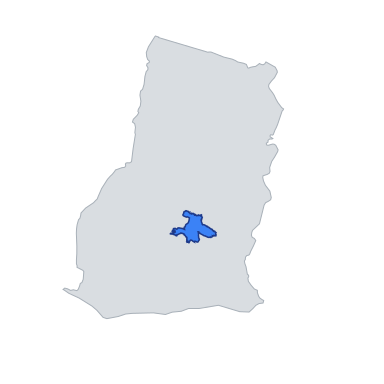 Sekyere Afram Plains North, Ashanti, Ghana (highlighted), rotated 17°
{"feature_id": "2480657B37542209080123", "entity_name": "Sekyere Afram Plains North", "entity_type": "district", "adm_level": 2, "iso_a3": "GHA", "parent_name": "Ghana", "parent_adm1": "Ashanti", "projection": "orthographic", "projection_center": [-0.752, 7.211], "detail": "fine", "context": "in_parent", "style": "filled", "palette": "blue", "viewbox_px": 384, "rotation_deg": 17, "n_neighbors": 0, "source": "geoboundaries", "source_scale": "gbopen_adm2", "svg_char_len": 8107}
<svg xmlns="http://www.w3.org/2000/svg" viewBox="0 0 384 384"><g transform="rotate(17 192 192)"><path d="M235.1,48.3L237.9,51.1L238.6,52.6L237.5,58.5L235.5,62.7L234.1,66.6L234.3,68.5L235.6,70.4L240.0,73.5L242.2,75.4L244.9,78.4L247.9,81.3L253.1,85.1L255.3,85.8L255.2,86.9L254.5,88.3L254.1,102.5L253.7,106.2L253.3,108.1L252.9,113.4L252.3,114.1L251.3,114.1L250.4,114.3L250.2,115.3L250.6,116.4L253.7,117.2L253.0,118.0L250.7,118.7L249.6,120.3L250.1,122.1L248.8,123.6L249.2,124.6L250.0,125.3L251.3,125.0L255.0,122.6L256.5,122.3L258.4,122.8L262.0,126.5L262.1,128.3L260.7,134.6L259.3,139.4L259.1,145.9L260.6,149.5L260.4,151.5L258.8,153.2L255.2,155.7L255.4,157.4L257.1,160.5L260.2,164.1L266.2,168.4L269.4,174.1L269.5,176.4L267.6,178.7L265.5,180.7L264.8,183.6L265.8,202.7L261.1,211.0L261.0,213.3L261.5,216.1L262.8,217.7L265.2,218.2L267.2,219.8L266.5,225.6L265.5,231.5L265.3,234.4L264.8,235.7L262.9,236.8L262.2,238.7L262.7,241.0L262.3,242.7L263.4,244.9L265.5,247.7L269.0,254.5L270.4,255.0L271.0,256.5L270.6,257.9L272.0,260.9L275.8,263.9L279.9,266.5L283.2,266.9L284.0,269.2L286.2,272.2L287.8,273.5L290.3,274.4L292.3,274.8L292.4,277.4L288.7,279.1L286.2,281.7L284.3,285.7L281.7,290.1L272.6,292.5L269.1,292.5L250.4,292.6L232.9,301.3L222.8,304.4L216.6,309.2L208.2,312.7L202.4,316.9L190.3,318.9L170.4,325.5L164.2,328.1L157.9,332.6L147.6,338.0L143.6,337.9L135.6,332.9L129.6,330.3L114.9,326.4L103.9,324.9L98.6,323.2L97.2,322.9L98.4,321.1L101.5,321.0L104.7,321.6L107.1,320.2L110.7,320.0L111.6,318.6L112.0,315.0L111.9,312.1L113.2,310.8L113.5,307.3L111.8,299.7L110.5,298.8L104.1,297.7L103.7,296.1L102.5,294.5L101.3,290.6L99.9,284.7L97.7,277.4L93.5,265.4L92.4,261.2L91.7,256.9L91.6,251.7L92.5,249.8L92.4,247.1L92.0,244.5L95.0,238.4L101.0,231.0L102.3,228.3L103.4,226.4L103.6,223.7L104.6,215.0L107.5,204.5L109.3,200.6L110.6,198.4L112.0,194.9L112.4,193.3L117.9,189.2L120.4,188.1L121.0,186.5L120.1,184.7L120.5,183.5L121.8,182.9L123.8,182.4L125.3,180.7L123.0,167.7L121.2,154.8L121.1,153.7L120.0,151.9L119.0,146.6L117.2,143.4L114.6,142.5L114.6,139.6L117.2,134.6L117.9,131.7L116.7,130.8L116.5,128.6L117.4,124.9L117.0,122.6L116.6,120.2L113.9,114.6L113.3,110.6L114.7,108.2L114.7,103.1L113.2,95.2L113.0,90.2L114.0,88.1L113.6,86.1L111.6,84.3L111.5,82.4L113.2,80.7L113.0,79.3L110.9,78.3L109.1,75.8L107.5,72.0L107.9,65.8L111.0,54.4L111.4,53.5L114.9,53.6L114.9,54.1L125.8,54.0L138.2,53.9L153.0,53.8L166.5,53.7L167.1,53.2L169.3,52.6L182.9,53.7L191.5,53.2L195.1,53.6L197.7,54.3L203.6,53.8L206.7,54.1L209.1,57.0L210.1,56.9L211.4,55.7L213.7,54.4L216.1,53.3L217.8,51.1L218.9,49.4L220.4,49.7L222.7,49.6L224.1,48.2L224.7,46.0L235.1,48.3Z" fill="#d9dde1" stroke="#a8b0b8" stroke-width="1"/><path d="M184.6,235.6L185.2,235.6L185.3,235.5L185.8,234.9L187.0,234.1L187.7,235.2L186.8,235.8L186.4,236.1L186.3,236.3L185.7,236.7L185.5,237.1L185.0,237.3L184.9,237.7L184.4,237.5L184.0,237.6L183.9,237.9L183.6,237.9L183.5,238.3L183.9,238.4L184.3,238.3L184.7,238.0L185.0,238.1L185.3,238.0L185.6,238.0L185.7,237.8L186.1,237.8L186.6,237.6L186.7,237.8L186.8,237.7L186.9,237.9L187.0,237.9L187.4,238.0L187.6,237.9L187.9,238.0L188.0,237.8L188.3,238.0L188.8,238.1L189.0,238.1L189.1,238.4L190.2,238.4L190.3,238.0L190.1,237.8L190.1,237.1L190.3,237.0L190.6,237.0L191.1,236.7L191.5,236.2L192.2,235.6L192.7,235.4L192.8,235.2L193.0,234.8L193.2,234.5L193.4,234.4L194.1,234.6L194.3,234.5L194.6,234.5L194.6,234.4L194.9,234.4L195.0,234.3L195.4,234.3L195.7,234.4L195.6,234.5L195.9,234.4L196.2,234.4L196.2,234.5L196.4,234.5L196.9,234.8L196.9,235.0L197.2,234.9L197.7,235.5L198.1,235.5L198.5,235.9L198.7,236.2L199.0,236.3L199.3,236.4L199.5,236.8L200.0,236.7L200.2,237.0L200.4,237.1L200.4,237.4L200.6,237.5L200.7,238.1L200.8,238.2L200.8,238.5L201.0,238.6L201.1,238.9L201.0,239.3L201.2,239.5L201.3,240.5L201.9,240.3L202.0,240.3L201.8,240.7L201.9,241.2L202.1,241.0L202.3,241.4L202.6,241.3L202.7,240.6L202.9,240.8L203.1,240.9L203.1,241.1L203.4,241.3L203.5,241.2L203.6,241.4L204.0,241.3L204.0,241.1L204.1,240.9L204.0,240.5L204.1,240.0L204.3,239.9L204.2,239.4L204.3,239.2L204.4,238.8L204.9,238.3L205.3,238.4L205.8,238.2L206.2,238.4L206.6,238.4L207.1,238.8L209.0,239.2L208.7,238.7L208.7,238.4L209.7,238.1L210.6,238.2L211.3,238.4L212.0,238.2L212.5,237.7L212.5,237.0L212.6,236.5L212.9,236.1L212.9,235.1L212.4,234.7L212.3,234.3L211.8,234.0L211.5,233.2L211.3,232.6L210.9,231.9L210.7,230.7L210.5,230.3L210.5,229.9L210.1,229.5L210.1,229.0L209.9,228.8L210.0,228.8L209.9,228.7L209.7,228.2L210.1,228.1L210.3,228.3L210.5,228.4L210.8,228.9L210.9,229.0L211.7,229.2L212.1,229.1L213.1,229.7L214.0,229.7L215.4,230.0L215.5,230.2L215.8,230.2L216.1,230.3L216.8,230.2L217.4,230.3L217.6,230.1L218.5,230.4L218.9,230.4L219.2,230.3L219.4,230.4L219.5,230.5L219.9,230.6L220.0,230.5L221.0,230.6L221.7,230.4L221.8,230.2L222.1,230.2L222.6,229.9L222.8,229.9L222.9,229.7L223.1,229.8L223.1,229.7L223.3,229.7L223.5,229.5L223.9,229.4L224.2,229.2L224.4,228.7L224.5,228.7L224.7,228.4L224.9,228.1L224.7,228.0L224.6,227.9L224.9,227.9L224.9,227.7L225.5,227.6L225.6,227.4L225.4,227.2L225.5,227.1L225.9,227.3L226.1,227.2L226.4,227.2L226.7,227.3L226.9,227.1L227.0,227.2L227.3,227.0L227.7,226.8L227.5,226.3L227.5,225.9L227.1,225.8L226.9,225.6L227.0,225.4L226.8,225.2L226.7,224.6L226.8,224.3L226.6,224.1L226.7,223.8L226.2,223.8L226.1,223.5L225.7,223.3L225.6,223.2L225.4,223.0L225.0,223.1L224.8,223.3L224.6,223.3L224.4,223.0L224.0,223.0L223.9,223.2L223.5,222.9L223.6,222.7L223.4,222.7L223.0,222.6L222.8,222.6L222.5,222.4L222.4,222.2L222.4,221.9L222.1,221.8L221.6,221.8L221.4,221.9L221.2,221.7L220.6,221.8L220.0,221.5L219.6,221.3L219.3,221.4L219.2,221.1L218.2,220.8L217.8,220.8L217.6,220.9L217.1,220.5L216.9,220.7L216.6,220.6L216.2,220.3L216.0,220.5L215.9,220.3L215.6,220.4L215.2,220.2L214.3,220.1L214.0,219.8L213.5,219.8L213.3,219.9L212.5,219.9L211.8,220.0L211.7,220.2L211.4,220.1L211.3,219.8L211.0,219.5L210.8,219.0L210.5,218.6L210.2,218.5L209.6,217.6L209.6,217.3L209.5,216.8L209.2,216.7L208.9,216.3L208.9,216.0L209.0,215.8L208.9,215.6L209.1,215.4L209.0,215.2L209.2,214.9L209.0,214.7L209.1,214.3L209.2,214.2L209.2,213.6L209.0,213.4L209.1,213.1L208.8,213.0L208.1,212.2L207.9,212.1L207.9,211.9L207.6,212.1L207.6,211.9L207.3,211.6L207.3,211.3L207.0,211.5L207.0,211.8L206.8,211.9L206.6,211.8L205.9,212.3L205.6,212.1L205.0,212.3L204.7,212.8L204.5,212.7L204.3,212.8L204.3,212.7L204.2,212.8L203.8,212.8L203.5,213.0L203.3,212.9L203.2,213.0L203.0,213.3L202.8,213.2L202.5,213.2L202.1,213.0L201.9,213.1L202.0,212.8L201.9,212.7L201.8,212.8L201.6,212.9L201.6,213.1L201.4,213.2L201.3,212.8L201.0,212.7L200.9,212.6L200.6,212.8L200.5,212.7L200.3,212.7L200.2,212.6L200.3,212.4L199.9,212.4L199.4,212.5L199.5,212.4L199.4,212.4L199.3,212.2L199.0,212.4L198.9,212.5L198.7,212.5L198.2,212.4L198.1,213.0L197.9,212.9L197.9,213.0L197.9,212.9L197.7,212.8L197.4,213.0L197.2,212.9L196.6,213.0L196.5,212.9L196.4,213.0L196.3,212.8L196.1,212.5L195.6,212.3L195.6,212.2L195.5,212.3L195.4,212.1L195.2,212.1L194.7,212.3L194.5,212.1L194.3,212.0L194.3,211.9L194.2,211.8L194.0,211.6L193.7,211.7L193.6,211.8L193.3,211.8L193.1,211.9L192.6,211.6L192.4,211.7L192.1,211.6L191.6,212.0L191.4,211.9L191.2,212.2L191.3,212.3L191.2,212.5L190.9,212.8L190.5,213.0L190.3,213.0L190.2,213.1L190.2,213.4L190.1,213.7L190.2,214.5L190.2,214.8L190.3,215.1L190.2,215.5L190.0,216.0L190.0,216.5L190.2,216.9L190.4,217.1L190.8,217.2L191.0,217.2L191.3,217.4L192.3,217.5L192.7,217.5L193.0,217.6L193.4,217.6L193.6,217.5L193.9,217.6L194.2,217.6L194.9,217.1L197.1,217.5L197.5,220.1L197.4,222.5L196.8,223.6L196.4,223.9L196.3,224.2L195.8,224.7L195.5,225.6L195.7,227.2L195.4,227.6L195.0,227.7L194.9,227.9L194.9,228.6L195.1,229.0L195.5,229.3L195.8,229.8L195.9,230.0L195.3,230.0L194.8,229.6L194.1,229.8L193.7,229.6L193.3,229.8L192.5,229.8L192.2,229.9L191.8,229.9L190.9,230.0L190.7,230.0L190.4,230.2L190.0,230.1L189.6,230.3L189.4,230.4L189.2,230.4L189.2,230.6L189.0,230.9L188.9,231.2L188.5,231.6L188.4,232.0L188.1,232.1L187.9,232.0L187.6,232.0L187.0,231.7L186.5,232.0L186.1,232.0L186.1,231.9L185.8,232.0L185.5,232.1L185.0,232.4L185.0,232.8L185.6,233.2L185.8,233.6L186.2,233.6L185.9,233.7L185.9,233.9L185.5,234.3L184.9,234.6L184.6,234.5L184.6,235.6Z" fill="#3b82f6" stroke="#1e3a8a" stroke-width="1.5"/></g></svg>